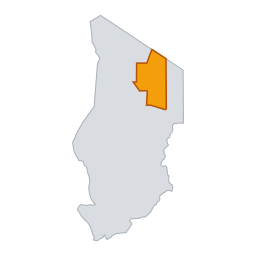 Fada, Ennedi, Chad (highlighted)
{"feature_id": "50815135B99861554638026", "entity_name": "Fada", "entity_type": "district", "adm_level": 2, "iso_a3": "TCD", "parent_name": "Chad", "parent_adm1": "Ennedi", "projection": "equal_earth", "projection_center": [20.845, 18.83], "detail": "fine", "context": "in_parent", "style": "filled", "palette": "amber", "viewbox_px": 256, "rotation_deg": 0, "n_neighbors": 0, "source": "geoboundaries", "source_scale": "gbopen_adm2", "svg_char_len": 3708}
<svg xmlns="http://www.w3.org/2000/svg" viewBox="0 0 256 256"><path d="M183.1,70.1L183.1,76.4L183.2,82.6L183.2,88.9L183.3,95.1L183.3,101.4L183.3,107.7L183.4,113.9L183.4,120.2L183.4,122.3L183.3,123.2L183.3,123.3L183.1,123.4L180.6,122.8L179.5,122.8L177.9,123.3L175.7,123.5L174.2,123.4L173.2,124.5L172.4,125.8L172.8,129.0L172.7,130.0L172.4,131.1L171.8,132.0L171.1,132.7L170.7,133.4L170.2,134.8L169.8,135.5L169.8,136.3L169.7,137.3L169.3,137.8L168.2,138.1L167.6,138.5L167.0,139.2L166.7,139.7L166.9,140.4L167.1,141.3L167.3,142.7L167.4,143.5L167.9,144.2L168.2,144.6L168.3,145.2L168.0,145.7L166.7,146.7L166.2,147.1L165.6,147.6L165.4,147.8L164.5,148.8L164.0,149.6L163.8,150.4L163.8,151.3L164.3,152.8L164.8,154.1L165.0,155.0L165.1,156.1L165.1,157.0L164.8,157.9L164.3,158.7L162.6,160.1L161.7,161.7L161.0,163.6L160.8,164.7L161.0,165.4L161.4,166.0L161.9,166.3L162.7,166.4L164.0,166.1L165.2,165.8L166.4,166.5L167.1,168.2L166.8,169.4L167.3,171.5L167.7,174.1L167.7,175.0L167.9,175.3L168.7,175.5L168.9,176.1L168.6,180.7L169.0,181.9L169.5,182.8L170.1,183.3L170.7,183.9L171.0,184.4L171.7,184.5L172.5,185.3L172.7,186.4L172.7,187.5L172.2,189.8L171.8,191.3L171.4,191.2L170.5,190.9L169.3,190.5L168.0,190.3L166.6,190.9L165.2,191.7L164.8,192.3L164.4,192.7L163.8,192.6L163.2,192.7L162.9,193.3L162.4,194.0L160.3,195.3L159.9,195.8L159.6,196.3L159.6,196.8L159.8,197.9L159.8,199.2L159.4,200.3L158.8,201.1L158.2,201.4L157.7,201.5L157.4,202.0L156.3,204.5L155.9,204.9L154.9,204.8L152.2,208.6L152.0,209.7L151.0,211.2L149.7,213.0L148.6,213.8L148.5,214.1L148.2,214.5L147.5,214.9L145.1,217.0L142.3,216.9L141.0,217.7L139.8,218.1L138.0,218.5L137.4,218.5L135.1,218.6L132.4,218.6L131.4,218.9L130.4,219.7L129.7,220.4L129.6,220.6L129.7,220.9L129.6,221.1L131.5,222.9L132.0,223.7L131.5,224.5L131.3,224.7L131.0,225.4L129.9,227.3L128.2,229.6L127.3,230.3L126.9,230.7L126.5,232.2L126.2,232.5L125.0,232.7L122.7,232.8L119.6,233.3L117.6,233.5L116.5,233.4L114.8,234.4L114.2,234.7L113.8,234.8L112.2,235.8L110.8,237.4L110.3,237.7L108.4,238.4L107.6,239.5L107.2,239.6L106.0,238.1L105.2,236.8L104.8,235.5L104.7,235.0L103.8,235.7L103.2,236.4L102.9,237.7L100.9,238.5L99.2,239.3L98.4,240.2L97.2,240.6L95.7,240.5L94.5,240.1L93.3,239.9L93.9,238.8L94.1,237.9L94.2,236.9L94.1,236.2L93.4,235.8L93.0,235.2L92.0,231.9L91.0,228.5L89.5,225.1L88.0,223.0L86.8,221.7L86.5,221.5L85.9,221.1L85.5,220.7L83.4,218.4L81.3,215.9L80.7,214.7L79.6,213.0L78.4,211.2L77.8,210.4L77.5,208.9L78.4,207.6L79.3,205.9L80.4,204.8L81.8,204.7L84.1,205.2L86.7,205.3L89.2,205.0L89.8,204.7L90.5,204.7L91.8,205.1L94.2,205.1L95.4,204.4L94.1,203.2L92.7,201.4L91.4,199.4L90.6,197.6L89.9,195.2L89.2,192.3L88.8,188.6L88.9,186.5L89.1,184.9L89.9,182.5L89.4,181.0L89.5,179.9L89.5,178.1L89.2,177.3L88.4,174.4L88.2,174.1L87.4,172.1L87.1,168.8L86.2,166.6L84.7,165.6L83.9,164.3L83.6,162.0L83.1,161.4L80.8,160.6L78.9,160.6L77.5,158.0L75.7,154.8L74.1,151.7L73.1,145.6L72.6,142.1L73.3,141.1L74.6,138.6L76.4,133.8L80.4,126.5L82.5,122.8L86.5,117.2L91.4,110.3L94.2,106.4L94.7,99.4L95.3,92.0L95.7,86.3L96.2,79.7L96.6,74.2L97.0,70.1L97.4,64.4L97.7,63.3L99.7,58.9L99.8,58.3L99.5,57.5L96.8,53.7L96.0,52.9L95.5,50.9L96.2,49.8L93.1,43.5L92.3,42.7L91.9,41.9L91.9,40.8L91.9,36.4L91.2,29.5L90.1,21.5L94.0,19.3L96.9,17.6L100.6,15.4L103.9,17.6L108.8,20.9L113.7,24.1L118.6,27.4L123.5,30.7L128.5,33.9L133.4,37.2L138.3,40.5L143.3,43.8L148.2,47.1L153.2,50.3L158.2,53.6L163.1,56.9L168.1,60.2L173.1,63.5L178.1,66.8L183.1,70.1Z" fill="#d9dde1" stroke="#a8b0b8" stroke-width="1"/><path d="M146.5,105.2L150.6,105.2L165.4,109.7L166.0,109.2L166.3,108.6L166.0,58.7L151.9,49.4L146.8,63.1L136.6,63.1L136.5,81.9L133.2,82.0L138.4,89.2L139.6,90.9L147.0,90.7L147.3,91.9L146.5,105.2L146.5,105.2Z" fill="#f59e0b" stroke="#b45309" stroke-width="1.5"/></svg>